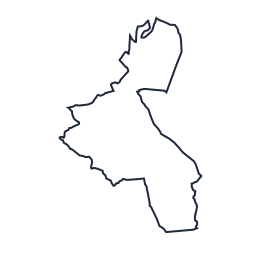 Opala, Orientale, Democratic Republic of the Congo (Natural Earth projection), rotated 355°
{"feature_id": "63176286B48725841971461", "entity_name": "Opala", "entity_type": "district", "adm_level": 2, "iso_a3": "COD", "parent_name": "Democratic Republic of the Congo", "parent_adm1": "Orientale", "projection": "natural_earth1", "projection_center": [24.381, -0.71], "detail": "fine", "context": "isolated", "style": "outline", "palette": "slate", "viewbox_px": 256, "rotation_deg": 355, "n_neighbors": 0, "source": "geoboundaries", "source_scale": "gbopen_adm2", "svg_char_len": 5031}
<svg xmlns="http://www.w3.org/2000/svg" viewBox="0 0 256 256"><g transform="rotate(355 128 128)"><path d="M145.6,212.6L146.3,214.4L147.7,218.1L148.9,221.3L149.9,225.1L150.8,228.5L152.1,229.2L155.0,231.8L156.9,235.0L184.5,235.0L184.7,234.9L184.9,234.7L185.3,234.5L186.1,234.3L187.9,233.9L187.3,233.2L187.0,232.4L187.1,232.1L187.2,231.9L187.3,231.9L188.0,231.0L188.4,230.1L188.5,229.9L188.6,228.8L188.5,228.3L188.5,228.2L188.4,227.7L188.5,227.1L188.3,226.8L188.2,226.7L187.5,226.6L187.2,226.2L186.7,225.1L186.8,225.0L186.8,224.9L187.0,223.4L186.9,222.3L186.9,222.2L187.0,221.4L187.4,220.6L187.5,220.5L187.6,220.2L187.7,219.8L187.8,219.8L187.8,219.4L187.8,219.0L187.8,218.9L187.9,218.7L188.2,217.8L188.5,217.1L189.0,215.9L189.2,215.0L189.2,214.9L189.3,214.4L189.8,213.0L189.8,212.4L189.9,211.5L189.7,211.1L189.6,210.7L189.5,209.5L189.2,209.1L188.6,208.0L188.4,206.4L187.9,205.3L187.9,204.8L188.0,204.5L187.7,204.2L187.1,203.6L187.0,203.1L187.1,202.8L187.1,202.6L187.3,202.1L187.4,201.8L187.5,201.7L187.8,201.5L188.7,200.8L188.9,200.5L189.0,198.2L189.4,197.6L189.6,197.2L189.4,196.8L189.2,196.5L189.1,196.3L188.2,196.1L187.9,196.0L187.8,195.9L187.5,195.5L187.4,195.4L187.3,195.1L187.3,194.9L187.2,194.7L187.1,193.8L187.0,193.7L186.7,193.1L186.5,192.8L186.5,192.7L186.4,191.6L186.4,191.1L186.7,189.4L186.6,189.0L186.8,189.0L187.2,189.0L188.3,188.6L189.2,188.0L190.6,187.8L191.4,187.6L191.5,187.6L192.0,187.2L192.3,187.0L192.6,186.7L194.7,184.4L195.4,183.5L195.6,183.5L195.6,183.4L196.1,183.2L196.6,182.6L196.9,182.2L194.5,179.5L193.6,175.4L192.3,170.0L190.9,167.0L187.2,163.4L183.8,160.3L180.3,156.8L177.0,152.0L172.6,146.3L167.8,141.9L161.9,137.9L160.5,136.8L159.6,134.3L157.7,130.9L155.7,128.3L154.2,126.4L153.9,125.6L153.8,125.0L152.4,120.9L151.4,117.2L149.9,111.2L148.0,108.8L147.2,107.7L146.4,106.0L144.1,103.0L143.3,97.9L143.1,97.3L141.1,94.8L140.3,92.6L142.4,92.5L142.5,91.2L143.6,91.1L144.7,90.8L146.5,90.6L148.6,90.6L167.5,94.0L168.4,94.8L169.4,95.8L179.7,73.7L182.8,67.2L186.0,60.9L187.6,57.8L188.0,56.6L188.1,54.7L188.5,45.1L187.9,39.5L186.5,37.6L186.3,34.7L186.0,33.7L185.7,32.7L184.8,31.2L183.8,29.6L182.8,29.3L181.5,29.1L178.8,28.8L176.2,27.0L168.8,23.2L168.7,23.3L166.4,21.6L165.8,21.0L165.6,21.4L164.2,25.3L163.2,26.5L162.7,27.8L161.1,32.0L160.0,33.6L159.7,34.0L152.8,39.1L151.2,39.3L149.3,39.0L149.4,37.8L149.8,36.8L150.9,35.2L152.6,33.2L153.8,32.8L155.3,32.6L156.7,32.1L158.7,30.0L158.6,29.3L158.1,26.8L158.1,26.5L158.1,26.3L158.2,25.8L157.8,25.2L157.6,24.7L157.5,22.8L157.4,22.8L156.0,23.9L154.6,25.3L152.2,27.2L149.5,27.8L146.6,27.8L144.8,32.8L144.6,35.0L144.5,35.5L144.2,37.0L143.5,42.9L142.5,42.9L139.7,39.8L138.1,36.0L137.9,36.8L137.8,38.5L136.4,47.1L136.5,47.6L136.4,48.2L136.4,48.7L135.9,50.7L135.8,50.9L135.2,51.7L135.2,52.0L135.3,52.9L135.5,53.6L135.0,54.2L134.5,53.9L133.4,52.6L132.3,52.0L131.8,52.2L130.6,53.4L129.8,54.5L129.4,54.9L127.5,57.4L125.6,59.3L126.2,60.8L127.1,61.7L130.1,65.8L130.3,66.1L130.9,66.8L131.7,67.3L132.4,67.9L132.8,69.0L133.2,70.5L133.2,71.6L132.3,72.4L125.9,78.3L125.5,78.6L125.4,78.9L125.0,79.3L124.7,79.5L124.5,79.9L124.4,80.1L124.1,80.8L123.7,81.3L123.1,81.8L121.4,82.7L119.3,81.3L117.9,81.9L116.0,82.1L114.9,83.1L114.8,83.9L115.5,85.9L116.8,89.8L115.6,89.9L114.9,90.1L113.0,90.5L112.1,90.7L111.8,90.7L111.4,90.6L110.3,91.1L110.2,91.1L109.7,91.1L108.9,91.0L107.0,92.3L105.2,93.0L103.8,93.4L103.2,93.4L102.5,93.0L101.6,92.6L101.1,92.5L100.9,92.5L100.0,93.2L98.5,95.3L97.4,96.3L95.4,99.0L94.7,99.5L94.4,99.9L90.6,101.0L87.8,101.2L85.2,101.3L80.8,101.4L79.5,100.9L78.5,100.8L78.1,100.8L77.3,100.8L75.6,101.8L74.9,101.9L72.3,102.3L70.4,102.6L71.0,103.0L71.3,103.4L71.9,104.6L72.7,105.5L73.0,105.9L73.6,106.3L73.7,109.6L74.4,111.9L75.0,114.0L75.8,114.8L77.1,116.2L77.7,116.6L79.0,117.5L79.8,118.3L79.4,119.8L78.2,120.4L76.7,120.8L75.3,121.3L74.8,121.5L73.8,121.8L72.6,122.3L71.6,122.9L69.5,122.9L69.1,123.4L68.7,124.4L68.6,124.5L68.3,124.8L67.5,125.0L66.8,125.3L65.8,125.7L65.0,126.1L64.8,126.4L64.4,127.4L64.3,128.8L64.0,129.8L64.0,130.4L63.9,130.9L63.4,131.4L63.3,131.9L63.2,131.9L63.0,132.0L62.1,131.2L60.7,131.0L59.2,131.4L59.1,132.3L61.1,134.1L62.2,134.7L62.6,136.4L62.9,137.2L65.6,139.1L66.1,139.8L66.4,140.0L67.3,141.2L68.6,143.8L69.7,144.0L71.3,145.3L72.5,146.3L74.7,148.5L76.6,150.3L77.6,151.2L79.6,151.7L81.3,152.1L82.8,153.2L85.0,153.3L87.0,153.3L89.0,156.3L89.3,158.7L88.6,161.1L87.7,164.0L87.9,165.0L88.4,165.3L89.8,164.9L91.6,165.0L93.6,165.9L94.3,165.9L95.5,166.6L96.4,167.1L98.7,168.2L99.1,168.6L99.0,170.5L100.4,172.3L101.4,173.2L101.6,174.2L101.8,175.9L102.4,176.7L103.5,177.3L105.4,178.5L105.9,178.6L106.4,179.3L106.7,180.9L108.5,184.3L109.8,184.0L110.1,183.9L110.2,183.6L110.5,183.3L110.7,183.2L110.9,182.7L111.0,182.4L111.3,182.2L111.5,182.1L113.1,182.1L113.7,182.0L113.9,181.5L114.0,181.3L114.4,180.9L114.6,180.6L114.8,180.5L115.1,180.3L116.7,179.9L117.7,179.2L118.3,178.6L118.5,178.3L122.5,179.6L132.6,179.8L139.5,179.7L140.1,185.5L141.3,187.9L142.1,195.3L143.1,205.1L142.8,207.3L144.1,208.6L145.6,212.6Z" fill="none" stroke="#1e293b" stroke-width="2"/></g></svg>